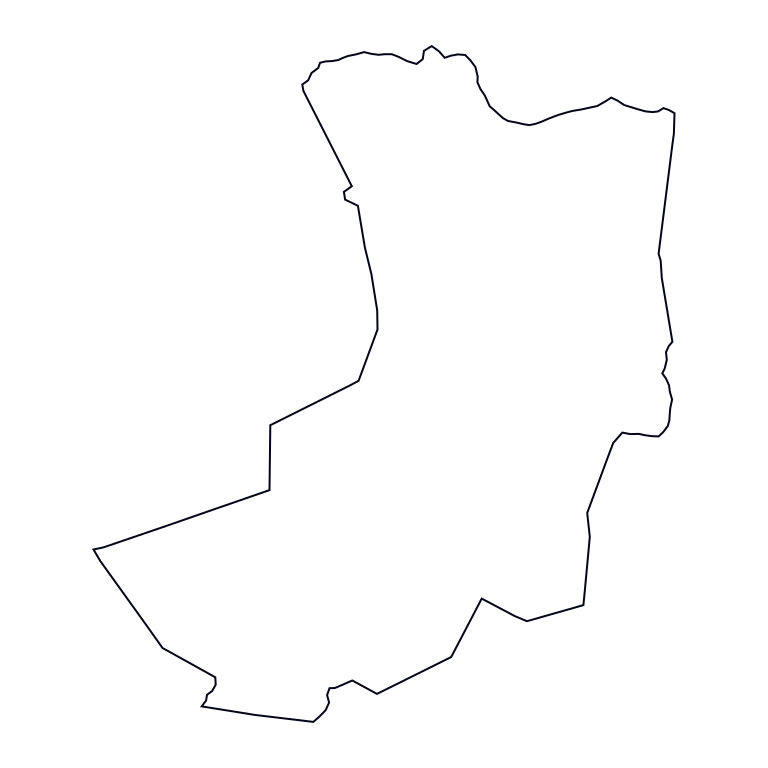 Alagoinhas, Bahia, Brazil (orthographic projection)
{"feature_id": "56859067B11961030352973", "entity_name": "Alagoinhas", "entity_type": "district", "adm_level": 2, "iso_a3": "BRA", "parent_name": "Brazil", "parent_adm1": "Bahia", "projection": "orthographic", "projection_center": [-38.386, -12.106], "detail": "fine", "context": "isolated", "style": "outline", "palette": "ink", "viewbox_px": 768, "rotation_deg": 0, "n_neighbors": 0, "source": "geoboundaries", "source_scale": "gbopen_adm2", "svg_char_len": 1795}
<svg xmlns="http://www.w3.org/2000/svg" viewBox="0 0 768 768"><path d="M674.5,113.2L668.9,110.0L663.5,108.1L658.1,111.4L652.7,112.1L645.6,111.4L638.0,109.3L631.3,107.2L624.3,105.1L617.7,100.7L611.2,97.6L605.7,101.2L597.3,106.0L587.6,108.1L580.7,109.6L572.5,110.9L566.2,112.6L558.4,114.9L548.9,118.5L541.3,121.8L535.4,123.9L529.3,125.1L523.5,124.2L516.2,122.5L508.0,121.0L503.1,118.2L498.7,114.3L494.6,110.5L489.7,106.3L487.3,101.0L484.7,95.3L480.4,89.0L477.4,82.2L477.7,76.6L475.4,67.0L470.2,60.1L465.2,55.0L457.9,54.4L450.8,55.7L444.7,57.8L438.9,51.2L431.7,46.1L424.0,50.8L422.7,59.2L416.5,64.0L407.1,61.1L398.7,56.9L391.8,54.2L384.7,54.2L378.8,54.8L371.6,53.9L364.1,52.1L355.9,54.4L348.0,56.0L343.1,57.8L338.1,60.1L331.7,61.1L325.6,61.4L320.0,62.8L318.3,67.9L311.6,72.9L308.1,80.4L302.3,84.5L303.4,90.9L351.8,186.2L343.9,191.9L345.1,199.6L357.9,205.8L364.9,247.6L371.4,274.1L377.2,310.4L377.5,329.5L358.6,380.8L349.8,385.5L270.3,425.2L269.5,490.1L213.2,509.6L167.8,525.4L103.4,547.4L93.5,549.5L100.2,560.9L145.8,624.4L162.6,648.1L168.7,651.4L215.3,677.3L215.7,684.7L212.2,691.0L207.0,694.8L206.1,700.5L201.7,706.4L254.7,714.9L313.3,721.9L319.4,716.6L325.7,710.1L329.1,702.6L327.1,695.1L329.5,688.2L335.0,688.0L352.3,680.5L367.6,688.8L376.9,693.9L390.3,687.3L403.4,680.8L451.2,657.0L462.0,636.4L481.7,598.6L514.4,615.9L526.9,621.2L583.4,605.1L584.9,589.9L589.8,536.8L587.2,513.0L595.9,489.5L605.9,462.4L613.2,443.0L622.3,432.6L630.3,434.1L638.8,433.9L645.5,435.3L652.2,436.2L658.6,436.4L663.3,432.0L667.9,425.8L669.4,420.2L669.7,414.5L670.3,407.9L672.1,399.5L669.9,391.9L669.0,385.2L665.9,378.4L662.3,373.4L664.7,368.5L666.8,359.9L666.0,352.2L668.8,346.0L672.4,341.8L661.8,278.0L660.7,260.8L658.6,253.8L672.2,146.0L673.9,133.5L674.5,113.2Z" fill="none" stroke="#020617" stroke-width="2"/></svg>